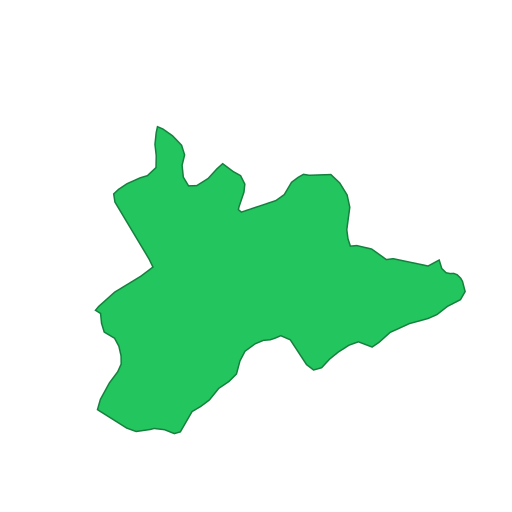 map outline of Kadiogo (Albers equal-area conic projection), rotated 345°
{"feature_id": "BFA-2815", "entity_name": "Kadiogo", "entity_type": "Province", "adm_level": 1, "iso_a3": "BFA", "parent_name": "Burkina Faso", "parent_adm1": "", "projection": "albers", "projection_center": [-1.48, 12.365], "detail": "fine", "context": "isolated", "style": "filled", "palette": "green", "viewbox_px": 512, "rotation_deg": 345, "n_neighbors": 0, "source": "natural_earth", "source_scale": "10m", "svg_char_len": 1477}
<svg xmlns="http://www.w3.org/2000/svg" viewBox="0 0 512 512"><g transform="rotate(345 256 256)"><path d="M431.9,307.3L432.2,316.2L435.3,321.4L439.0,323.2L442.5,324.0L445.5,326.2L448.0,330.5L448.9,334.1L448.8,344.5L442.2,351.1L427.9,354.2L415.7,359.4L406.0,360.9L386.6,361.0L365.8,364.5L352.4,371.3L344.6,374.0L332.7,365.4L322.8,366.2L310.6,370.1L300.5,374.6L290.5,380.9L282.1,381.0L276.7,374.0L267.4,345.8L259.3,339.4L253.1,340.3L248.1,340.6L241.3,339.4L232.4,340.6L220.8,345.1L213.4,353.1L206.6,364.9L197.4,370.2L185.8,374.2L173.7,383.0L163.7,387.0L154.0,389.7L137.4,406.3L131.1,406.4L122.7,400.1L112.9,396.2L109.0,396.2L94.8,394.5L86.5,388.7L63.1,363.4L68.6,354.2L81.6,340.6L92.5,332.0L97.8,325.5L99.8,317.6L100.2,307.7L98.1,298.8L89.7,290.2L89.4,281.0L91.0,271.3L86.9,266.9L91.0,264.0L110.2,254.3L139.6,245.7L153.6,240.0L151.9,231.2L133.7,167.4L134.6,159.2L140.6,156.0L150.1,152.8L164.4,150.5L171.9,150.3L182.3,144.7L185.6,133.3L187.3,122.0L191.5,111.1L194.3,105.6L198.9,109.2L206.5,118.3L212.8,129.8L213.2,139.9L208.1,149.2L206.2,161.0L209.0,170.8L217.0,172.7L229.9,168.7L240.8,161.7L247.7,158.2L255.8,168.5L261.9,174.4L263.8,183.7L260.9,191.2L252.3,204.1L251.0,206.7L253.2,209.8L289.6,207.6L299.2,204.0L309.4,194.0L316.9,191.0L323.0,189.4L328.3,191.8L349.4,196.7L355.8,207.2L359.8,220.6L359.2,233.2L350.5,254.1L349.3,263.1L349.7,270.9L356.0,272.0L369.5,279.2L381.0,293.2L387.8,294.1L419.6,310.2L431.9,307.3Z" fill="#22c55e" stroke="#15803d" stroke-width="1.5"/></g></svg>